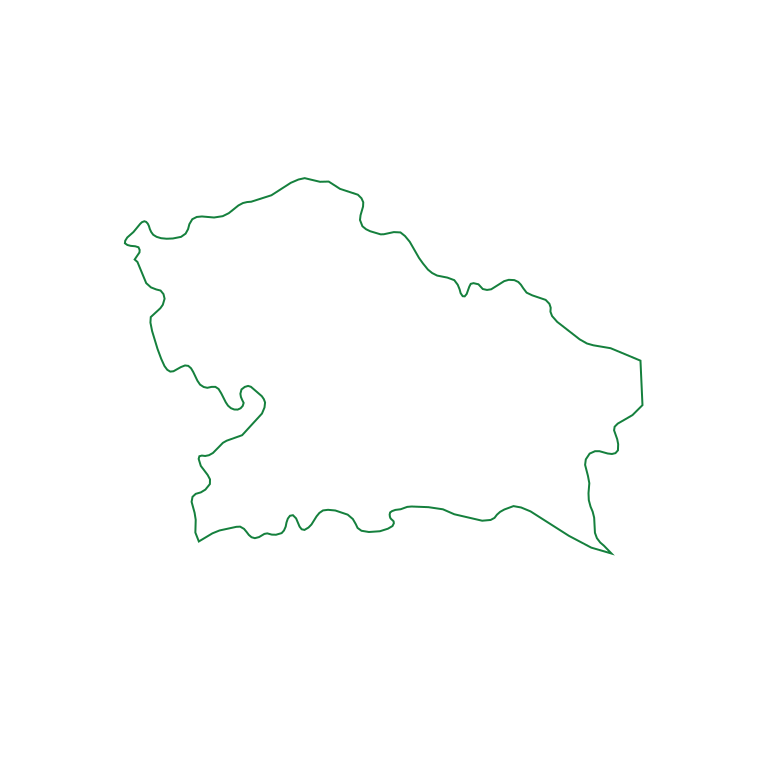 the County of Buzau, rotated 152°
{"feature_id": "ROU-314", "entity_name": "Buzau", "entity_type": "County", "adm_level": 1, "iso_a3": "ROU", "parent_name": "Romania", "parent_adm1": "", "projection": "albers", "projection_center": [26.856, 45.281], "detail": "fine", "context": "isolated", "style": "outline", "palette": "green", "viewbox_px": 768, "rotation_deg": 152, "n_neighbors": 0, "source": "natural_earth", "source_scale": "10m", "svg_char_len": 3394}
<svg xmlns="http://www.w3.org/2000/svg" viewBox="0 0 768 768"><g transform="rotate(152 384 384)"><path d="M235.1,226.0L241.2,222.7L244.4,218.2L247.1,207.0L249.3,200.0L254.7,191.6L257.7,185.3L259.2,178.8L259.7,173.3L261.2,167.3L267.6,153.6L268.4,147.9L267.5,142.5L265.7,137.9L262.7,127.5L277.8,142.2L292.0,163.1L314.4,202.7L320.9,210.6L327.0,215.4L336.7,216.7L341.5,216.6L345.6,215.6L349.3,213.9L353.7,213.9L361.5,217.2L383.1,236.0L390.8,245.7L402.6,254.4L417.2,262.9L421.2,264.6L428.1,265.6L433.1,267.5L436.6,268.0L438.9,267.7L440.3,266.1L441.1,264.0L441.3,262.5L441.0,261.1L440.5,259.9L440.0,258.2L440.7,256.4L443.2,254.6L448.5,254.4L456.7,255.9L466.8,260.4L472.8,265.0L474.9,269.3L474.7,273.5L474.9,279.4L477.4,285.7L486.4,295.2L492.5,299.2L497.2,301.0L501.6,300.5L505.7,298.8L514.0,294.0L518.1,292.7L522.7,292.5L524.9,294.4L525.5,297.7L524.7,306.6L526.0,310.9L528.9,311.8L532.1,310.3L535.1,307.5L537.8,304.2L541.1,301.6L544.4,300.4L550.1,301.6L553.8,303.7L557.2,306.9L560.0,307.8L566.2,307.5L570.4,308.5L572.9,310.9L574.2,314.2L574.8,317.9L575.6,321.8L578.0,325.6L581.4,327.2L598.0,331.9L605.6,332.7L621.4,331.9L620.3,341.4L614.0,352.5L611.7,359.2L609.2,370.3L606.0,374.3L601.8,375.4L596.6,374.3L591.3,374.6L584.7,377.4L582.4,381.5L582.4,386.5L584.2,397.7L582.8,404.9L580.9,406.9L578.4,406.3L575.7,404.4L572.0,403.3L567.4,403.4L553.8,407.7L549.5,407.8L533.3,405.4L505.6,415.2L500.5,419.4L497.7,423.5L497.2,427.0L497.6,430.6L502.8,444.0L504.9,446.1L508.3,446.8L512.4,446.1L515.4,442.8L516.4,439.8L516.7,436.7L516.8,433.2L519.0,431.0L522.0,429.9L525.2,430.1L528.2,431.8L530.5,434.5L531.9,438.1L532.3,442.1L532.1,452.0L532.4,457.3L534.2,460.6L537.6,462.4L541.8,463.6L544.6,466.0L546.7,469.8L547.2,474.5L546.8,484.3L547.0,488.5L548.3,491.9L551.0,493.8L555.5,494.3L563.9,494.1L566.9,495.3L568.7,498.3L569.4,502.9L568.9,510.8L567.5,521.3L563.9,539.6L561.4,547.9L558.5,552.6L545.9,555.9L542.1,557.8L537.7,562.3L536.5,566.9L537.4,571.4L540.7,574.4L544.4,578.7L546.6,584.7L544.4,607.5L545.7,611.0L538.1,615.0L536.8,617.1L536.6,620.0L539.0,622.4L542.8,624.9L545.3,627.2L546.7,629.9L545.2,632.0L541.9,633.9L533.9,635.8L524.0,639.9L521.7,640.5L519.2,640.2L517.9,638.8L517.3,636.5L517.4,633.8L518.0,630.8L518.2,627.5L517.7,624.1L515.7,620.7L512.4,617.4L507.7,614.3L502.1,611.6L494.1,609.2L488.6,609.9L484.3,612.7L480.8,616.5L475.9,619.5L470.9,619.4L466.1,617.4L455.9,610.8L447.6,607.9L440.9,607.7L428.7,610.0L423.6,610.0L419.4,608.9L415.7,607.3L394.8,603.5L371.9,605.4L363.5,604.7L357.4,603.0L345.6,592.6L337.8,588.7L331.2,576.9L318.2,563.4L316.7,558.6L317.0,554.2L319.2,550.5L325.5,544.0L328.2,540.1L329.0,533.4L327.2,529.1L324.5,525.4L316.7,517.7L313.8,516.3L304.0,513.5L298.3,510.1L296.0,504.8L294.5,497.5L293.9,478.9L293.0,472.1L291.5,464.4L289.4,459.4L286.2,454.8L278.1,448.2L273.2,442.7L272.3,437.0L272.8,432.1L273.7,428.2L273.3,424.6L271.6,423.5L268.7,424.7L263.0,429.9L260.4,431.7L257.6,431.0L253.8,427.7L252.2,421.5L248.9,418.7L244.9,417.3L229.6,418.4L224.9,417.4L220.1,414.5L217.5,411.0L216.5,407.4L216.1,403.2L215.2,397.7L211.5,392.7L201.8,382.4L200.3,377.1L201.0,373.1L203.1,369.7L203.7,365.1L201.9,357.5L190.3,331.6L185.8,324.5L181.0,319.9L167.1,309.2L146.6,284.2L165.7,244.0L179.2,239.9L196.2,239.3L200.4,238.0L202.6,235.1L204.0,225.8L205.5,220.9L208.6,215.6L212.1,214.3L215.6,215.2L219.1,217.6L225.4,223.6L229.2,225.6L235.1,226.0Z" fill="none" stroke="#15803d" stroke-width="2"/></g></svg>